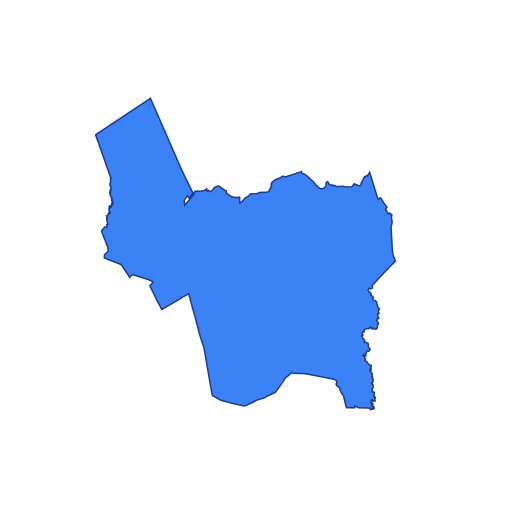 Ziemera pag., Aluksne, Latvia, rotated 248°
{"feature_id": "27541924B47262508870968", "entity_name": "Ziemera pag.", "entity_type": "district", "adm_level": 2, "iso_a3": "LVA", "parent_name": "Latvia", "parent_adm1": "Aluksne", "projection": "robinson", "projection_center": [27.036, 57.508], "detail": "fine", "context": "isolated", "style": "filled", "palette": "blue", "viewbox_px": 512, "rotation_deg": 248, "n_neighbors": 0, "source": "geoboundaries", "source_scale": "gbopen_adm2", "svg_char_len": 6068}
<svg xmlns="http://www.w3.org/2000/svg" viewBox="0 0 512 512"><g transform="rotate(248 256 256)"><path d="M135.4,169.3L127.7,179.6L121.3,189.0L121.4,197.8L122.1,202.3L121.4,211.0L121.7,212.2L122.4,223.0L126.9,230.2L132.0,237.7L133.3,242.3L133.7,242.9L133.7,243.4L134.6,245.4L133.0,247.3L129.4,255.6L127.5,259.1L111.8,283.2L109.9,283.8L108.7,283.6L107.8,283.0L107.5,282.5L106.6,282.2L105.6,282.2L104.0,283.4L102.5,284.0L98.7,283.7L93.4,284.7L82.4,283.1L81.4,283.2L78.3,290.6L79.9,291.4L76.7,294.5L72.5,304.4L72.1,304.6L71.7,304.3L70.7,304.7L70.9,305.3L70.6,305.8L70.9,306.3L70.5,306.7L70.8,307.0L70.2,307.5L70.8,307.8L70.5,308.3L70.6,308.6L72.5,308.8L72.8,308.5L72.5,307.8L73.6,306.9L73.9,307.1L73.7,307.5L74.1,308.1L75.0,309.1L75.3,309.1L76.2,308.4L75.7,307.9L75.9,307.7L76.4,307.5L77.2,307.7L77.2,308.0L77.7,308.6L79.1,308.6L79.4,309.1L79.4,309.6L79.2,310.0L77.6,310.0L77.6,311.0L76.8,311.8L77.3,312.3L78.4,312.4L80.2,313.8L80.8,313.4L81.3,312.5L81.7,312.4L82.0,312.5L82.5,313.3L83.0,313.6L84.9,314.5L85.7,314.5L86.2,313.0L87.1,312.7L87.2,313.1L89.0,313.8L90.3,315.2L92.2,316.2L93.1,316.2L94.5,315.3L95.1,315.8L95.0,316.8L95.3,317.1L97.9,318.5L99.2,318.2L100.4,318.8L100.5,318.4L100.9,318.3L101.8,318.6L102.4,319.5L103.6,319.4L104.2,319.7L105.7,319.0L106.2,318.6L106.8,318.6L107.4,319.2L107.0,319.9L107.3,320.1L107.7,319.6L108.6,319.4L108.8,319.7L108.6,320.3L108.8,320.6L110.1,320.9L111.1,321.9L111.4,321.9L111.6,321.2L112.5,320.4L115.1,319.3L116.4,319.1L118.2,317.7L118.8,317.9L119.3,318.8L119.6,318.9L124.1,318.3L124.3,318.7L123.1,319.2L122.1,320.3L122.4,320.7L124.0,320.7L124.4,321.0L124.7,322.0L126.1,323.0L126.3,324.1L125.4,324.8L126.6,326.9L127.7,326.8L128.7,326.2L129.8,326.0L131.1,326.8L132.9,327.2L133.4,327.0L133.9,326.2L134.8,325.5L135.2,324.0L135.8,324.0L136.3,324.4L136.6,324.9L137.2,325.2L138.2,325.1L138.6,324.6L139.5,324.3L142.5,323.9L142.9,324.3L142.6,325.3L142.7,325.6L145.1,325.7L145.7,326.2L145.6,326.8L145.0,327.6L145.1,327.9L146.9,328.4L147.1,329.5L147.0,330.1L147.3,331.1L146.2,333.9L146.3,334.2L147.2,334.7L147.4,335.1L146.7,335.7L144.7,336.5L144.7,337.2L145.2,337.6L143.6,339.0L143.2,340.4L143.3,340.7L144.1,341.5L145.7,342.2L146.9,343.6L147.5,343.8L147.8,344.3L148.7,344.3L150.0,343.7L152.2,344.6L152.7,345.4L152.6,345.7L152.0,346.0L152.0,346.3L152.6,346.6L154.6,346.4L156.4,347.0L157.0,347.8L156.5,348.3L156.7,348.7L158.1,348.4L158.8,348.5L159.8,349.4L160.2,350.2L160.8,350.6L162.6,349.8L163.3,349.9L163.8,349.7L165.2,350.1L166.8,350.1L168.0,350.7L170.1,349.6L170.4,349.4L170.4,348.6L171.3,348.1L172.5,348.1L173.2,349.0L174.0,349.2L175.2,348.7L176.4,347.7L176.9,347.9L177.3,348.5L178.4,348.5L179.5,348.1L180.1,347.3L182.6,347.2L183.2,348.3L183.5,349.3L182.5,350.0L182.7,352.0L185.3,352.9L196.0,376.0L198.7,382.8L198.8,383.4L206.1,383.5L211.8,385.1L231.8,391.9L236.7,395.1L238.7,395.4L242.6,396.6L242.7,397.1L243.6,397.4L245.8,395.9L245.3,394.7L246.8,394.2L250.9,393.6L252.1,395.7L256.7,394.5L262.9,393.5L262.7,392.7L263.3,392.6L262.7,390.5L263.6,390.4L291.0,392.7L290.0,391.5L289.6,390.6L288.7,389.8L288.7,388.9L289.0,388.7L289.0,388.4L288.5,387.1L288.9,386.5L288.2,386.0L288.2,385.6L287.6,385.1L287.3,384.3L286.2,383.5L285.8,382.6L284.6,381.7L284.4,381.4L284.5,381.0L282.6,380.0L282.3,379.2L282.3,378.7L282.4,378.2L283.8,376.4L285.1,375.4L286.2,373.8L285.0,372.3L284.5,371.1L284.5,369.8L284.7,368.9L286.1,365.8L288.2,362.5L290.0,357.0L291.8,355.6L292.1,354.2L292.4,353.9L293.1,353.8L293.5,352.4L294.7,351.0L295.4,350.6L297.4,350.6L298.1,350.0L298.0,349.0L297.7,348.5L294.9,347.2L294.1,346.1L293.5,344.2L293.6,342.2L294.3,341.0L296.3,339.5L297.1,339.1L298.1,339.0L299.4,338.2L300.5,338.0L301.9,337.2L304.2,336.7L305.3,336.0L305.6,335.5L307.0,335.3L307.6,334.8L309.4,334.2L309.6,333.8L311.3,333.2L314.5,331.0L314.7,330.2L315.3,329.8L316.8,329.3L317.1,329.5L317.0,329.0L317.6,324.8L317.5,324.4L318.3,313.0L319.4,311.7L319.9,310.7L319.9,309.3L319.3,308.1L319.6,303.9L318.9,300.0L318.3,298.5L317.2,297.2L317.0,297.6L314.7,296.0L313.0,294.4L310.9,291.7L311.2,289.3L313.4,283.9L313.6,279.1L315.5,275.1L315.5,274.4L315.4,273.5L314.2,271.5L314.1,269.1L313.9,267.6L312.5,265.3L311.3,262.5L311.2,260.9L316.6,262.8L318.0,258.8L319.9,255.8L325.3,252.0L327.6,252.8L329.2,251.2L334.8,247.8L335.3,245.2L335.1,242.9L333.5,240.8L333.2,239.6L332.5,238.6L333.0,237.8L334.5,236.7L334.5,236.2L334.2,235.8L334.4,235.0L334.6,234.8L335.3,234.7L336.3,235.6L336.8,235.4L336.3,233.6L336.1,232.0L336.9,228.4L337.7,227.2L338.8,223.5L338.3,222.9L336.0,220.9L329.8,209.0L334.2,210.1L337.7,214.9L334.8,215.6L336.9,219.3L337.6,221.1L363.7,219.3L441.8,217.2L441.7,216.5L441.2,216.6L441.5,216.0L428.5,152.7L382.2,150.6L382.3,150.1L382.0,149.9L379.4,149.2L379.2,148.7L378.0,148.2L377.5,147.5L376.8,147.8L376.0,147.0L373.8,147.3L372.7,146.6L371.2,146.3L371.1,146.2L371.5,145.7L371.1,145.7L370.3,145.1L370.5,144.7L369.7,144.4L369.4,144.0L368.5,144.5L368.3,144.4L368.2,143.8L367.4,143.9L367.0,143.6L366.1,143.6L363.9,144.3L363.7,144.1L363.9,143.8L363.4,143.5L362.9,143.8L362.7,143.4L362.4,143.6L361.5,142.9L361.1,143.4L360.3,143.0L359.8,143.5L359.3,143.6L359.0,143.3L359.7,143.1L359.9,142.9L359.1,142.3L358.9,142.8L358.5,142.9L358.3,141.8L357.2,142.2L357.1,141.4L357.3,141.1L357.1,140.4L356.7,140.7L355.5,140.1L355.3,139.3L355.8,139.6L357.2,139.2L356.8,138.3L356.5,138.1L355.5,138.3L355.2,137.8L354.4,137.6L354.2,137.4L354.3,137.2L353.5,136.8L351.6,136.5L351.2,136.6L351.2,137.0L350.4,136.9L349.9,135.9L350.0,135.7L350.7,135.9L350.8,135.6L350.7,135.0L349.4,133.9L349.1,133.5L349.2,133.0L348.3,132.7L348.6,132.4L347.3,132.4L346.8,132.6L346.6,132.4L347.2,132.0L346.6,131.5L345.9,131.6L345.3,131.1L341.3,130.6L341.1,129.4L339.4,129.0L338.5,128.5L338.9,128.0L339.6,126.6L337.1,122.1L319.8,121.9L315.7,120.8L314.0,116.1L311.0,114.6L298.5,127.8L283.5,130.9L285.1,134.5L274.0,147.9L270.9,150.5L270.1,150.3L269.6,149.6L268.5,146.9L267.6,146.4L253.9,147.5L253.2,147.3L241.7,148.7L245.0,171.1L245.5,171.4L245.4,171.5L245.7,175.7L246.2,179.5L232.1,177.7L224.0,176.9L204.3,174.3L189.9,173.3L152.1,165.1L143.0,163.3L135.4,169.3Z" fill="#3b82f6" stroke="#1e3a8a" stroke-width="1.5"/></g></svg>